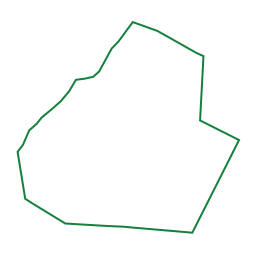 Cedro de São João, Sergipe, Brazil (orthographic projection), rotated 179°
{"feature_id": "56859067B48791321223866", "entity_name": "Cedro de São João", "entity_type": "district", "adm_level": 2, "iso_a3": "BRA", "parent_name": "Brazil", "parent_adm1": "Sergipe", "projection": "orthographic", "projection_center": [-36.887, -10.273], "detail": "fine", "context": "isolated", "style": "outline", "palette": "green", "viewbox_px": 256, "rotation_deg": 179, "n_neighbors": 0, "source": "geoboundaries", "source_scale": "gbopen_adm2", "svg_char_len": 488}
<svg xmlns="http://www.w3.org/2000/svg" viewBox="0 0 256 256"><g transform="rotate(179 128 128)"><path d="M55.8,134.3L51.3,198.5L58.7,202.1L97.0,224.6L121.4,233.8L136.3,214.3L142.9,207.8L155.8,185.1L161.9,179.8L170.2,178.1L179.2,177.1L186.3,165.7L194.6,156.1L203.1,148.8L214.2,139.9L219.2,133.8L226.8,127.4L233.3,113.0L238.8,106.1L232.0,59.0L225.4,54.6L192.4,33.6L150.6,30.4L134.2,29.4L124.5,28.3L65.5,22.2L17.2,114.0L55.8,134.3Z" fill="none" stroke="#15803d" stroke-width="2"/></g></svg>